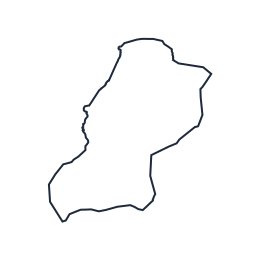 the district of Jinst, Bayanhongor, Mongolia, rotated 345°
{"feature_id": "93677404B67702711432193", "entity_name": "Jinst", "entity_type": "district", "adm_level": 2, "iso_a3": "MNG", "parent_name": "Mongolia", "parent_adm1": "Bayanhongor", "projection": "orthographic", "projection_center": [100.256, 45.421], "detail": "fine", "context": "isolated", "style": "outline", "palette": "slate", "viewbox_px": 256, "rotation_deg": 345, "n_neighbors": 0, "source": "geoboundaries", "source_scale": "gbopen_adm2", "svg_char_len": 3468}
<svg xmlns="http://www.w3.org/2000/svg" viewBox="0 0 256 256"><g transform="rotate(345 128 128)"><path d="M33.6,179.1L40.5,201.4L44.0,201.2L49.2,196.1L57.2,195.1L61.2,194.7L66.5,196.0L71.4,197.1L78.2,200.9L85.1,201.4L89.3,201.4L97.2,201.3L110.2,203.1L114.1,206.1L116.9,209.0L121.0,211.1L125.6,208.7L130.6,205.9L133.3,204.5L133.4,204.2L133.4,203.5L133.5,203.3L134.3,202.7L134.5,202.1L134.8,201.6L135.3,201.0L135.6,200.6L136.1,200.1L136.6,199.4L137.2,198.9L137.1,187.4L137.1,180.0L143.5,160.2L162.6,156.5L171.0,155.4L174.6,152.4L192.6,144.5L193.0,144.3L193.3,144.3L193.5,144.3L193.9,144.5L194.2,144.5L194.7,144.5L195.0,144.5L195.4,144.5L195.7,144.5L195.8,144.4L196.0,144.3L196.3,144.3L203.3,134.6L206.1,117.4L208.0,109.2L210.7,107.5L215.5,103.4L222.4,97.3L216.4,88.8L193.6,78.7L189.1,74.0L189.6,73.3L189.5,72.5L189.5,72.3L189.6,72.1L189.8,71.8L189.9,71.7L189.8,71.4L189.8,71.1L189.8,70.9L190.0,70.6L190.2,70.3L190.2,70.1L190.1,69.8L190.0,69.6L189.9,69.3L189.9,69.0L189.8,68.7L190.0,68.3L190.2,68.1L190.4,67.8L190.5,67.4L190.4,67.1L190.3,66.7L190.2,66.0L190.2,65.5L190.2,65.1L190.2,64.7L190.4,64.3L190.6,63.9L190.7,63.6L190.7,63.3L187.9,59.8L184.8,56.4L183.7,52.8L175.4,48.5L164.5,45.5L159.5,44.9L146.8,45.1L146.2,45.2L145.6,45.7L145.0,46.1L144.0,46.6L143.2,47.2L142.5,47.5L142.1,47.5L141.6,47.3L141.0,47.2L140.5,47.4L139.9,47.6L139.7,48.0L139.4,48.8L139.5,49.3L139.6,49.7L140.2,49.8L140.4,50.0L140.9,50.4L141.1,50.9L141.0,51.5L140.5,51.9L140.4,52.2L140.4,52.6L140.5,53.2L140.5,53.3L140.1,53.5L140.0,53.8L140.0,54.0L139.9,54.2L139.8,54.6L139.7,54.9L139.7,55.2L139.5,55.4L139.5,55.6L139.4,55.9L139.2,55.9L139.2,56.1L139.2,56.3L139.0,56.5L138.9,56.6L138.7,56.9L138.6,57.0L138.4,57.2L138.2,57.6L138.0,57.8L137.7,58.1L137.3,58.3L137.1,58.5L136.8,58.9L136.4,59.3L135.7,60.2L135.4,60.9L135.0,61.2L134.4,61.7L122.6,76.3L122.2,76.4L122.1,76.6L122.1,77.0L121.9,77.2L121.4,77.5L121.0,77.3L120.7,77.3L120.2,77.6L120.0,77.8L119.7,78.1L119.3,78.2L119.1,78.3L118.6,78.8L118.3,79.0L118.2,79.2L118.2,79.7L117.9,79.9L117.6,80.0L117.4,80.1L117.3,80.5L117.0,80.9L116.0,81.4L115.2,81.7L114.5,82.0L113.9,82.3L113.6,82.4L113.2,82.6L112.7,82.6L112.2,83.1L111.9,83.2L111.7,83.2L111.3,83.6L111.1,83.7L110.7,83.8L110.2,84.0L109.7,84.3L96.3,96.3L95.7,96.1L91.8,95.9L91.6,96.2L91.4,96.4L91.1,96.7L90.8,96.9L90.7,97.2L90.5,97.4L90.5,97.6L90.3,97.9L90.2,98.1L90.2,98.4L90.1,98.9L90.0,99.1L89.9,99.4L90.0,99.7L90.3,99.8L90.4,100.0L90.4,100.3L90.5,100.5L90.9,101.0L91.3,101.2L91.8,101.4L92.0,101.5L92.0,101.9L92.1,102.1L92.3,102.1L92.3,102.3L92.1,102.5L91.8,102.8L91.7,103.1L91.6,103.4L91.8,103.7L92.0,104.1L92.2,104.9L92.1,105.6L92.0,106.3L91.6,106.7L90.9,107.0L90.1,107.8L89.7,108.0L89.1,108.5L88.7,109.0L88.4,109.6L88.2,110.1L87.8,111.0L87.5,111.8L87.3,112.0L86.9,112.4L86.6,112.6L86.2,112.7L85.7,112.6L85.0,115.5L84.6,115.6L84.2,115.8L84.0,115.7L83.9,115.8L83.9,116.0L84.1,116.6L84.0,116.8L84.0,117.1L84.0,117.3L84.3,117.5L84.6,117.6L84.8,117.8L84.7,118.1L84.7,118.4L84.3,118.2L84.0,118.2L83.8,118.4L83.6,118.7L83.7,119.0L83.7,119.3L83.8,119.7L84.0,120.2L84.2,120.9L84.5,121.3L84.8,121.8L85.0,122.5L85.1,123.2L85.1,123.7L85.0,124.3L85.0,124.9L84.9,125.6L84.8,126.0L84.9,126.4L85.1,127.1L85.4,127.7L85.6,128.1L86.0,128.9L86.1,129.7L86.1,130.6L85.9,131.5L85.7,131.8L85.4,132.0L85.1,132.3L84.7,132.6L84.3,133.0L83.8,133.3L83.2,133.8L82.1,134.6L81.2,138.3L72.6,142.8L67.3,144.5L64.7,146.3L60.0,146.4L56.1,146.3L45.7,154.0L37.0,162.1L33.6,179.1Z" fill="none" stroke="#1e293b" stroke-width="2"/></g></svg>